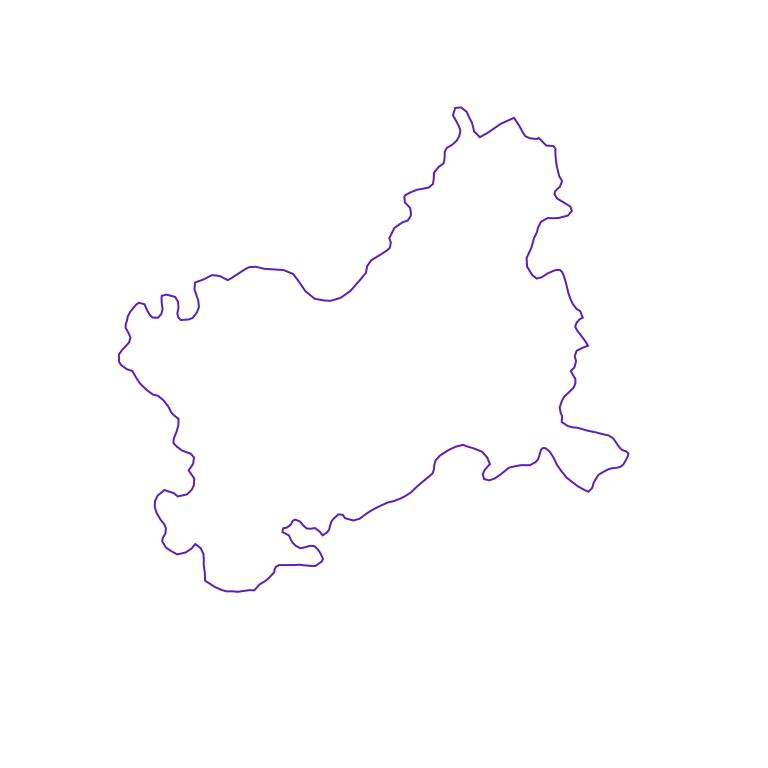 Rahachow, Gomel, Belarus (Albers equal-area conic projection), rotated 327°
{"feature_id": "67162791B93010244041694", "entity_name": "Rahachow", "entity_type": "district", "adm_level": 2, "iso_a3": "BLR", "parent_name": "Belarus", "parent_adm1": "Gomel", "projection": "albers", "projection_center": [30.185, 53.104], "detail": "fine", "context": "isolated", "style": "outline", "palette": "violet", "viewbox_px": 768, "rotation_deg": 327, "n_neighbors": 0, "source": "geoboundaries", "source_scale": "gbopen_adm2", "svg_char_len": 4702}
<svg xmlns="http://www.w3.org/2000/svg" viewBox="0 0 768 768"><g transform="rotate(327 384 384)"><path d="M497.0,585.6L501.4,584.8L503.1,583.7L505.8,581.2L509.4,579.2L514.4,577.0L520.8,577.2L526.3,577.8L529.9,579.1L534.1,581.3L537.4,582.2L540.7,581.9L544.8,579.9L549.5,577.1L551.2,575.2L550.3,572.4L547.8,569.1L547.0,565.8L546.7,559.2L546.7,554.7L544.4,549.5L540.3,545.4L535.3,539.9L529.4,534.1L522.2,525.8L518.6,523.1L515.3,519.5L512.3,512.6L513.6,511.0L515.8,508.2L516.4,504.6L518.6,499.3L523.8,495.2L528.2,492.7L534.0,491.8L540.9,490.4L544.7,487.9L547.2,484.1L547.4,479.6L547.7,474.9L552.7,473.8L557.6,469.4L559.0,464.7L563.6,461.1L569.4,461.6L576.0,463.0L576.1,457.3L575.6,449.6L575.1,444.9L575.5,440.2L578.5,437.7L583.2,436.2L586.8,436.6L588.3,429.7L586.4,426.0L585.9,419.8L586.8,413.7L588.2,408.1L589.4,404.7L591.1,399.9L592.5,395.5L593.7,391.2L594.4,387.3L593.7,384.2L590.3,382.0L586.1,381.1L581.3,380.4L574.5,380.4L569.5,378.7L567.7,373.7L567.9,363.5L572.2,356.0L581.9,349.9L589.3,343.3L594.6,340.2L598.7,336.5L604.2,333.4L611.7,334.0L616.6,337.4L620.7,339.8L629.9,342.9L635.9,341.1L636.9,336.8L634.2,331.0L630.2,322.6L630.4,317.5L632.6,315.6L635.5,314.8L638.6,314.5L643.9,310.9L644.1,305.3L646.2,299.1L648.1,294.0L651.0,288.2L653.1,284.3L656.0,279.9L655.7,276.8L653.3,274.9L649.9,272.3L647.9,262.2L647.8,261.8L645.8,261.9L640.2,257.4L637.5,253.2L637.5,247.9L638.1,241.1L638.0,231.6L624.0,229.4L607.0,229.8L598.8,229.2L597.1,221.4L600.0,213.2L600.6,207.0L601.6,200.8L599.2,193.9L594.0,191.3L588.1,196.3L588.1,196.5L587.8,202.8L587.2,209.0L585.9,213.3L582.0,217.2L577.5,219.5L571.6,220.5L565.1,220.2L561.2,222.6L558.6,226.5L556.3,229.4L554.0,231.4L547.8,231.8L540.9,234.1L537.7,238.7L534.1,242.9L528.6,243.6L523.6,241.7L517.7,239.1L511.2,237.8L504.7,237.2L503.0,238.1L500.4,243.1L501.8,250.6L500.1,254.5L498.2,257.5L493.0,259.8L487.4,258.5L484.1,258.5L477.6,258.8L467.8,264.7L466.8,269.0L463.2,272.9L459.3,273.6L452.7,273.6L440.6,273.3L434.1,275.9L429.5,280.8L421.3,283.5L413.1,285.8L406.3,287.7L394.5,288.1L384.3,285.1L379.1,281.2L372.2,274.6L368.6,263.2L368.3,250.1L367.7,242.2L361.8,233.7L346.1,222.0L340.2,215.7L334.3,212.5L329.8,212.1L322.6,212.1L313.8,212.1L309.5,211.8L305.0,203.9L299.1,199.0L289.6,198.0L280.8,196.0L276.5,201.5L274.9,208.1L273.6,213.0L270.6,218.8L266.0,222.1L265.4,222.3L259.5,224.4L255.2,223.4L248.4,219.7L247.7,216.1L249.1,212.2L253.3,208.0L256.0,202.8L256.3,197.2L250.1,190.4L245.6,189.0L243.9,191.3L241.6,195.2L239.0,200.8L235.4,204.0L230.5,205.3L226.2,202.3L225.3,199.1L225.3,194.2L226.6,186.7L222.7,182.4L219.5,182.4L210.3,185.3L205.7,187.9L203.1,190.8L200.5,192.7L197.9,196.0L197.5,201.5L196.8,206.8L192.9,210.3L189.0,211.3L182.7,212.9L177.8,214.8L173.9,221.0L173.8,224.6L176.4,231.5L180.0,236.1L179.6,244.6L179.6,250.5L181.8,260.0L184.4,266.9L188.0,270.8L190.2,277.7L190.8,285.6L190.1,292.4L190.8,296.0L192.7,301.3L189.1,306.5L184.5,310.7L177.9,315.3L175.2,318.9L176.2,323.8L178.5,330.0L184.0,337.3L184.6,342.2L180.3,347.1L173.1,350.0L173.4,359.9L169.4,365.4L165.1,368.0L158.5,369.3L149.7,365.9L148.4,361.3L142.2,353.4L133.4,354.3L129.8,356.5L128.4,357.3L124.8,362.2L123.1,368.0L122.7,375.9L123.3,381.8L122.6,386.1L119.3,390.3L114.7,392.6L112.4,394.9L112.0,402.4L114.9,409.0L117.8,414.3L126.0,417.3L133.3,417.1L138.5,415.4L140.8,421.7L140.1,427.9L137.4,432.9L134.1,437.8L130.8,445.0L126.8,451.5L129.7,457.8L131.6,462.1L135.5,468.0L138.8,472.0L144.0,475.3L148.3,478.7L159.1,483.7L162.7,486.4L170.7,484.3L176.7,484.6L181.1,484.1L189.1,482.2L191.6,479.7L194.1,478.4L197.7,478.9L201.0,481.1L209.8,486.7L215.3,490.0L218.6,492.8L222.2,495.6L227.1,499.2L235.1,499.0L237.6,497.3L238.5,491.3L238.5,487.1L237.4,482.1L233.8,479.4L228.3,477.7L224.5,476.3L222.0,471.9L220.9,467.5L221.0,464.4L221.8,459.2L218.2,452.8L220.7,450.1L224.3,451.5L229.3,451.2L231.5,449.9L233.1,449.0L235.6,449.3L238.6,453.5L239.4,459.5L240.5,463.1L243.6,465.4L247.7,467.3L249.6,472.5L250.1,477.5L255.4,477.5L258.7,476.2L262.0,473.1L264.8,470.9L267.0,469.8L274.7,468.5L278.0,471.0L278.3,475.4L284.0,481.8L290.1,483.7L298.4,483.2L304.4,483.2L313.3,484.0L322.6,485.4L327.9,487.4L335.1,489.0L341.4,489.6L347.5,489.6L355.7,488.0L362.9,487.1L369.3,486.3L375.9,485.5L379.2,483.0L382.2,479.2L385.8,476.1L391.9,474.5L401.8,474.5L409.8,475.6L417.0,478.0L419.7,481.6L424.2,486.9L429.4,494.3L430.5,501.8L429.2,508.9L424.7,510.0L421.7,510.9L417.6,513.4L416.2,518.3L419.8,522.2L425.9,523.6L432.8,523.3L438.6,522.7L443.0,522.2L448.5,524.1L454.9,526.8L462.0,531.5L468.4,532.1L472.0,531.2L476.1,527.9L480.0,524.6L482.5,524.3L484.4,525.7L486.1,530.9L486.1,538.1L485.0,546.1L485.3,553.3L486.2,562.1L488.4,568.5L490.9,575.4L494.5,582.3L496.7,585.6L497.0,585.6Z" fill="none" stroke="#5b21b6" stroke-width="2"/></g></svg>